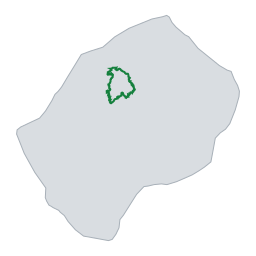 location of Makeoana, Berea, Lesotho
{"feature_id": "5366337B60128688215612", "entity_name": "Makeoana", "entity_type": "district", "adm_level": 2, "iso_a3": "LSO", "parent_name": "Lesotho", "parent_adm1": "Berea", "projection": "albers", "projection_center": [28.111, -29.223], "detail": "fine", "context": "in_parent", "style": "outline", "palette": "green", "viewbox_px": 256, "rotation_deg": 0, "n_neighbors": 0, "source": "geoboundaries", "source_scale": "gbopen_adm2", "svg_char_len": 5741}
<svg xmlns="http://www.w3.org/2000/svg" viewBox="0 0 256 256"><path d="M176.5,181.7L168.0,184.3L166.8,184.6L161.4,183.9L154.1,184.6L148.3,186.0L143.9,186.6L136.6,194.3L123.4,215.2L119.9,219.6L119.0,227.8L115.9,234.3L112.2,239.4L108.5,240.6L97.6,238.6L83.6,236.1L75.4,229.8L68.1,221.5L64.3,215.5L60.2,212.2L58.8,210.4L53.1,207.6L51.0,206.2L49.0,205.2L46.7,201.2L45.3,197.7L45.8,188.0L41.7,182.2L34.8,172.4L30.3,164.3L24.2,153.3L20.5,143.9L16.6,134.1L17.1,129.9L20.7,127.0L31.3,122.0L39.6,118.1L45.5,111.0L51.9,100.6L55.0,94.3L58.1,91.4L61.6,87.0L67.5,77.1L74.2,66.2L81.3,54.5L90.4,51.1L102.8,47.2L114.7,36.9L129.0,28.3L151.9,19.0L162.7,16.7L166.7,15.4L169.3,17.1L172.0,22.5L175.9,27.0L184.9,34.8L188.7,36.7L198.0,48.3L207.9,56.3L219.3,65.5L227.1,70.1L231.1,71.4L234.3,79.5L237.6,85.5L239.4,91.2L239.0,96.6L235.2,110.0L229.8,123.6L225.5,129.2L220.3,132.8L215.3,138.1L213.3,149.1L210.9,161.9L204.3,167.2L199.2,170.6L192.1,174.9L176.5,181.7Z" fill="#d9dde1" stroke="#a8b0b8" stroke-width="1"/><path d="M126.2,97.9L126.5,97.5L126.5,96.8L126.9,96.7L127.5,97.0L127.8,96.9L127.5,96.7L127.3,96.4L127.6,96.0L128.1,95.9L128.4,95.7L128.2,95.3L128.1,94.6L128.6,94.9L129.1,95.0L129.3,94.9L129.4,94.7L129.1,94.3L129.1,94.1L129.3,94.0L129.4,93.3L129.7,93.2L129.9,93.3L130.1,93.6L130.4,93.6L130.6,93.5L130.7,93.3L130.4,93.1L130.8,93.0L131.0,92.9L130.9,92.4L131.1,92.4L131.2,92.7L131.4,92.5L131.4,92.3L131.5,92.3L131.8,92.4L132.1,92.3L132.3,92.1L132.4,92.3L132.5,91.9L133.1,91.8L133.1,91.7L132.8,91.3L132.8,91.2L133.1,91.2L133.3,90.9L133.1,90.6L133.4,90.4L133.7,90.1L133.8,89.9L134.0,89.8L134.3,90.3L134.4,90.2L134.7,89.7L134.4,89.5L134.2,89.6L134.1,89.4L134.4,88.7L134.2,88.5L133.9,88.4L133.9,88.2L134.1,88.3L133.8,87.3L133.8,87.0L133.7,86.5L133.4,86.7L133.2,86.5L132.9,86.5L132.8,86.3L132.7,86.1L132.9,86.0L133.0,86.1L133.1,85.8L132.9,85.7L133.2,85.6L133.2,85.2L132.8,85.2L132.7,85.3L132.4,85.2L132.3,84.7L132.4,84.3L131.8,84.3L132.0,84.2L132.0,83.9L131.6,84.0L131.5,83.8L132.0,83.5L132.0,83.4L131.9,83.3L131.6,83.5L131.4,83.5L131.5,82.9L131.4,82.8L131.1,82.9L131.0,82.4L130.8,82.3L130.7,82.3L130.4,82.2L129.9,82.0L129.9,81.7L129.6,81.5L129.8,81.3L129.7,81.3L129.7,81.0L129.4,80.9L129.5,80.7L129.1,80.3L129.0,80.0L128.8,79.8L128.9,79.4L128.8,79.1L129.0,79.0L129.0,78.8L129.4,78.6L129.5,78.4L129.7,78.2L129.9,77.9L129.0,77.1L128.5,76.9L128.4,76.8L128.5,75.8L128.3,74.8L128.1,74.1L127.9,73.8L126.9,73.7L126.7,73.8L126.4,73.7L126.2,73.8L126.1,73.7L125.8,73.7L125.4,73.4L125.0,73.0L124.7,72.3L124.0,71.8L123.0,71.5L122.1,70.8L121.8,70.8L121.6,70.4L121.4,70.3L121.2,70.4L121.0,70.2L120.9,69.9L120.7,69.6L120.3,69.1L119.7,68.8L119.5,68.7L119.3,68.8L119.1,68.8L118.8,68.9L118.7,69.2L118.6,69.3L118.2,69.2L118.0,69.5L117.8,69.8L117.3,70.0L117.1,70.0L116.9,70.2L116.2,69.7L116.3,69.5L116.2,69.4L116.0,69.5L115.9,69.6L115.6,69.4L115.8,69.1L115.8,68.7L115.9,68.4L116.2,68.4L116.2,67.9L116.3,67.7L115.9,67.8L115.3,67.7L115.1,67.8L113.9,67.7L113.5,67.8L112.8,67.7L112.5,67.8L112.4,68.1L112.0,68.3L111.8,68.6L110.5,68.7L110.7,68.8L110.9,69.2L110.9,69.4L111.3,69.5L111.5,70.0L111.3,70.1L111.1,70.0L110.5,70.2L110.4,70.6L110.3,70.8L110.2,71.1L109.5,71.2L109.2,71.7L109.1,71.8L108.8,72.0L108.5,72.0L108.3,71.9L107.8,72.2L107.8,72.4L107.9,73.0L107.7,73.5L107.6,73.8L107.5,74.2L107.6,74.4L107.8,74.4L108.0,74.7L108.4,74.6L108.6,74.6L108.7,74.3L108.9,74.0L108.8,73.8L108.9,73.7L109.0,73.8L109.1,74.0L109.3,74.1L109.5,74.3L109.8,74.4L110.1,74.0L110.2,74.3L110.5,74.5L111.0,74.5L111.3,74.7L111.6,74.6L111.6,74.4L111.4,74.1L111.5,73.9L111.6,74.1L111.9,74.1L111.9,73.9L112.0,74.0L112.3,74.3L112.4,74.1L112.6,74.1L112.8,74.2L112.7,74.2L112.8,74.4L112.7,74.7L112.9,74.8L112.9,75.1L112.8,75.8L112.8,76.1L112.6,76.4L112.5,76.7L112.6,77.2L112.3,77.5L112.0,77.7L112.0,77.8L111.9,78.0L111.4,78.1L111.0,78.7L110.9,78.9L111.0,78.9L111.0,79.2L110.8,79.3L110.7,79.5L110.5,80.6L110.5,81.2L110.5,81.3L110.5,81.7L110.1,82.3L110.1,82.8L109.7,83.1L109.7,83.3L109.2,83.7L109.1,83.9L109.0,84.2L108.8,84.6L108.9,84.9L109.2,85.2L109.1,85.3L108.8,85.2L109.0,85.6L108.9,85.7L109.1,85.8L109.3,86.1L109.3,86.4L109.4,86.5L109.4,86.8L109.2,87.0L109.2,87.6L109.1,88.0L109.9,88.9L110.1,88.9L110.3,89.3L109.9,90.3L108.9,90.9L108.4,90.8L108.2,90.5L107.6,90.5L107.3,90.9L107.0,90.9L106.7,91.0L106.7,91.4L106.8,91.6L106.8,92.4L107.1,92.2L107.7,92.2L107.9,92.0L108.3,92.3L108.4,92.7L108.7,92.7L108.7,92.8L108.9,93.0L108.8,93.3L109.0,93.7L108.8,93.8L108.8,94.0L108.6,94.1L108.9,94.5L108.5,94.5L108.4,94.6L108.6,94.9L108.5,95.1L108.5,95.3L108.2,95.2L108.1,95.5L108.8,95.6L109.0,95.5L109.2,95.8L109.0,96.0L109.0,96.5L109.5,96.6L109.6,96.9L109.5,97.2L109.2,97.3L109.0,97.5L109.3,97.8L109.6,97.8L110.0,97.6L109.9,97.9L109.9,98.1L109.7,98.1L109.7,98.4L110.0,98.4L110.1,98.7L110.0,98.8L109.7,98.8L109.3,99.0L109.2,99.5L109.6,99.8L110.2,99.8L109.9,100.1L109.3,100.0L109.1,100.2L109.1,100.3L109.3,100.6L110.0,100.7L110.1,100.9L110.0,101.2L110.1,101.3L110.4,101.1L110.5,101.2L110.4,101.5L110.5,101.8L110.1,102.3L110.5,102.7L110.4,102.9L110.6,103.1L110.8,103.2L111.2,103.2L111.7,102.7L112.5,102.2L113.9,100.9L114.0,100.3L114.4,99.9L114.5,99.5L114.8,99.2L115.3,99.1L115.5,99.0L116.0,98.9L116.5,98.9L116.8,98.7L117.2,98.5L117.3,98.5L117.5,98.5L117.5,98.3L117.8,98.1L117.5,98.0L117.4,97.9L117.3,97.6L117.1,97.3L117.1,97.1L117.4,96.9L118.1,97.0L118.2,96.8L118.0,96.6L118.2,96.4L118.9,96.5L119.0,96.6L119.6,96.4L119.8,96.5L120.5,95.8L120.8,95.7L121.0,95.8L121.4,95.7L121.7,94.7L121.4,94.3L121.4,94.0L121.4,93.1L121.6,92.9L122.1,92.6L122.3,92.6L122.8,92.9L123.0,93.1L123.2,93.7L123.2,94.3L123.3,94.7L123.7,95.0L123.9,95.3L124.2,95.7L124.5,95.7L124.7,95.8L124.8,95.9L124.8,96.1L125.1,96.4L125.0,96.5L125.4,96.9L125.6,97.1L125.9,97.2L126.0,97.3L126.2,97.6L126.0,97.8L126.2,97.9Z" fill="none" stroke="#15803d" stroke-width="2"/></svg>